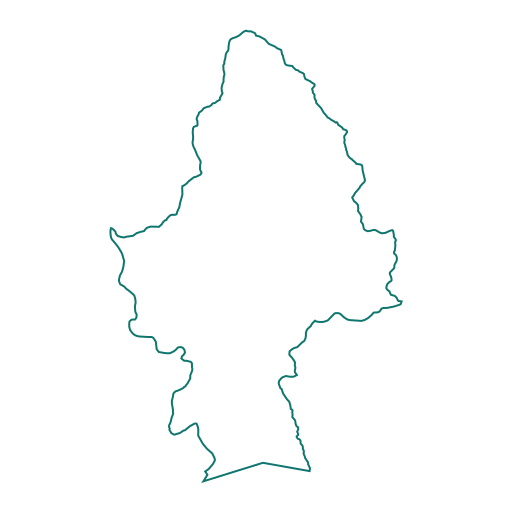 Ngangla, Shemgang, Bhutan (Robinson projection)
{"feature_id": "84629894B76990430770482", "entity_name": "Ngangla", "entity_type": "district", "adm_level": 2, "iso_a3": "BTN", "parent_name": "Bhutan", "parent_adm1": "Shemgang", "projection": "robinson", "projection_center": [90.989, 26.895], "detail": "fine", "context": "isolated", "style": "outline", "palette": "teal", "viewbox_px": 512, "rotation_deg": 0, "n_neighbors": 0, "source": "geoboundaries", "source_scale": "gbopen_adm2", "svg_char_len": 6051}
<svg xmlns="http://www.w3.org/2000/svg" viewBox="0 0 512 512"><path d="M246.2,30.7L244.8,31.1L243.0,32.2L239.6,35.1L237.9,36.2L235.0,37.5L233.2,38.0L230.9,39.1L229.8,40.5L229.2,42.3L228.5,46.8L228.5,48.9L228.2,50.4L226.5,52.7L225.7,54.7L225.4,57.7L224.3,61.8L224.3,63.6L223.3,65.4L223.5,69.8L224.5,74.1L223.8,76.8L223.5,80.0L223.6,81.4L222.5,84.0L221.6,87.6L221.6,88.9L221.9,91.4L222.5,93.3L219.9,97.9L219.9,99.7L217.0,101.3L215.8,102.4L214.5,103.1L213.0,103.3L212.3,103.7L211.5,105.0L209.2,106.6L207.6,106.7L203.7,108.2L202.0,110.5L199.0,112.7L198.8,113.8L197.0,117.3L196.6,119.3L197.4,121.1L197.5,125.0L197.1,125.7L193.9,126.8L193.1,128.2L192.7,132.3L193.2,137.7L192.9,138.4L193.1,139.5L192.5,142.3L192.9,144.9L193.9,147.7L194.7,149.0L197.2,155.2L200.5,161.1L200.6,162.9L200.1,165.1L200.0,169.1L200.9,171.7L201.4,172.2L201.5,172.9L200.9,174.0L200.1,174.8L196.3,176.7L193.8,177.3L188.5,181.4L187.0,183.2L185.2,184.6L183.0,186.0L182.4,186.1L182.2,187.7L182.4,194.7L180.1,202.9L179.3,207.3L177.4,211.3L176.5,214.3L175.0,214.8L172.3,214.8L170.6,215.1L168.6,216.8L166.9,218.8L166.4,220.0L164.8,220.5L163.1,222.1L161.9,224.1L159.0,226.8L150.8,226.6L149.9,226.8L146.9,227.8L145.2,229.5L144.0,231.1L140.4,231.9L136.6,233.2L133.0,235.8L125.9,236.8L124.9,237.3L123.6,237.4L121.4,237.1L117.6,235.9L116.1,234.0L115.7,233.0L115.4,231.6L112.7,228.9L111.0,228.2L110.6,229.6L110.4,232.0L110.7,235.7L111.3,238.2L112.0,239.5L116.0,244.2L118.4,247.4L121.4,252.4L122.2,254.1L124.2,261.2L123.9,262.6L123.5,266.2L122.1,271.5L120.0,275.4L119.4,277.7L118.9,280.1L119.1,281.4L120.2,284.2L124.1,286.5L126.4,288.9L129.7,291.3L133.8,294.9L134.4,295.8L135.2,298.6L135.5,300.8L135.6,303.0L134.9,306.1L135.3,311.8L136.6,314.4L136.6,316.0L136.3,317.8L135.0,319.5L131.7,319.6L129.8,321.1L129.3,322.3L129.2,325.9L129.4,327.5L130.2,330.2L132.5,333.2L134.6,335.0L137.0,336.0L139.5,336.5L147.9,337.0L151.6,337.0L153.2,337.7L155.8,341.6L156.7,349.3L158.8,352.0L163.8,352.9L167.5,353.3L170.0,353.2L173.7,351.4L175.9,349.7L177.9,347.5L180.7,347.0L182.8,347.8L184.4,349.8L185.0,352.6L183.6,354.8L181.9,356.4L181.4,358.5L184.1,360.7L186.8,360.8L190.9,361.9L191.9,363.2L192.0,367.3L192.4,369.1L192.0,371.1L190.3,375.3L190.2,378.6L187.5,383.5L186.1,385.1L185.4,386.3L183.9,387.2L183.3,388.0L179.2,390.1L175.5,391.4L174.1,392.6L173.2,394.1L173.0,396.5L171.8,400.9L172.0,404.6L172.6,407.4L173.0,410.6L172.9,412.4L173.2,413.6L171.6,417.8L170.5,422.5L169.1,425.4L169.1,427.2L169.7,428.5L169.4,429.8L171.4,433.2L174.3,434.7L179.9,433.0L183.6,430.5L184.9,430.3L189.6,426.4L193.8,424.0L194.9,423.5L195.9,423.5L196.8,424.0L198.1,427.7L198.3,429.8L198.2,435.5L198.8,436.7L202.7,443.6L206.8,448.6L212.3,453.5L214.6,458.2L214.9,460.3L212.9,464.1L208.7,469.0L205.2,471.5L207.4,474.8L203.4,481.3L262.9,462.8L309.6,471.1L309.9,468.7L309.9,468.0L308.2,464.5L308.1,463.2L307.6,461.5L306.8,460.7L305.9,459.0L305.2,458.2L304.8,456.4L303.9,454.5L303.6,453.4L303.9,451.5L303.6,450.3L302.9,449.1L302.8,446.9L302.4,445.5L301.0,444.0L300.6,443.2L300.5,440.8L300.0,439.9L299.6,439.4L297.8,438.7L296.7,437.2L296.7,436.3L298.2,434.9L298.1,434.0L297.2,431.7L298.2,429.3L298.2,428.0L298.0,427.2L296.7,426.3L296.0,425.1L295.5,423.1L295.3,421.2L294.9,420.1L292.4,417.1L292.3,416.4L292.6,415.0L292.3,412.5L292.5,410.2L291.8,409.5L290.8,409.0L290.4,405.8L289.3,401.8L287.0,399.3L283.1,393.5L281.6,389.0L280.3,388.1L279.9,386.7L279.1,384.8L278.7,383.0L279.1,381.0L280.9,378.7L282.5,377.3L286.0,376.0L289.0,376.6L291.8,376.8L293.9,376.6L296.9,375.0L294.9,372.3L294.8,371.1L295.4,367.7L294.8,365.4L295.0,362.5L294.6,361.5L293.4,359.7L291.6,357.2L289.8,355.4L289.3,354.4L289.6,351.3L291.7,349.5L294.0,348.1L297.3,347.1L302.0,342.5L304.3,340.9L305.5,338.3L305.9,335.6L305.9,332.7L306.7,330.4L307.6,328.9L310.9,326.0L311.2,325.1L312.7,322.9L315.0,320.7L316.0,321.4L319.7,322.0L323.2,321.9L326.4,321.0L328.0,320.2L334.5,313.5L335.7,313.1L338.3,313.1L340.2,313.8L344.2,317.5L347.6,319.6L349.9,320.1L361.3,320.9L364.6,320.0L368.0,318.1L371.2,315.4L373.2,313.1L374.1,312.5L377.3,312.4L378.8,312.0L380.2,310.7L381.5,308.6L383.3,308.0L387.1,307.9L393.3,306.7L397.9,305.3L400.1,304.5L400.9,303.8L401.6,301.4L398.5,301.0L398.0,300.6L396.8,298.1L395.3,296.3L393.9,295.6L391.0,294.8L390.2,293.4L389.5,291.4L388.4,290.7L386.9,289.2L386.3,287.9L386.5,286.5L387.3,284.1L389.5,281.9L390.9,281.2L391.5,280.5L391.5,278.6L390.8,276.2L389.8,273.9L389.9,272.5L394.2,268.1L394.4,265.4L394.9,264.0L396.2,261.7L396.7,260.4L396.9,259.1L396.9,258.1L396.4,256.1L395.6,254.7L394.1,253.5L394.0,252.0L394.9,250.3L395.4,245.1L395.1,242.6L395.3,241.4L395.8,240.8L395.7,239.4L393.8,236.8L393.9,235.3L393.1,230.8L392.1,230.1L389.4,231.0L385.6,232.8L382.1,233.3L380.2,232.8L375.7,230.2L373.6,229.9L370.4,230.8L367.8,231.2L365.4,230.3L364.3,229.4L363.8,228.8L362.9,224.2L361.0,221.6L361.6,216.8L360.9,215.7L360.7,214.8L358.0,210.9L358.3,208.6L357.9,204.9L356.2,202.9L354.9,201.8L354.1,201.4L352.2,197.4L353.8,195.4L355.0,193.1L359.6,187.8L360.1,186.5L362.8,183.4L363.8,182.6L364.5,181.7L365.0,180.3L362.6,170.3L362.4,167.2L361.9,165.3L360.6,164.5L356.4,163.9L355.6,162.7L354.6,161.8L352.8,160.3L351.6,159.0L350.3,158.3L348.5,156.4L347.6,154.9L346.9,151.6L346.1,149.7L346.2,148.7L345.4,146.8L345.2,145.2L344.4,143.1L344.3,142.0L344.7,140.2L344.2,137.2L344.4,135.9L345.4,134.8L347.1,132.1L347.0,131.3L346.5,130.5L345.1,129.8L343.1,129.2L342.5,128.0L341.3,126.9L338.3,124.9L337.6,123.2L336.7,122.2L335.8,122.6L333.8,121.2L330.8,119.6L329.5,118.4L327.8,117.6L325.6,114.8L323.7,112.7L321.1,108.1L316.3,103.0L316.0,100.6L315.2,99.6L314.5,97.5L314.4,96.2L314.6,94.9L312.9,92.6L312.7,90.6L312.1,89.3L312.2,88.7L314.4,86.1L314.7,84.8L314.1,83.9L311.2,82.2L310.3,81.3L305.6,79.1L305.1,78.4L304.4,76.5L304.0,74.1L302.8,73.1L299.2,71.5L297.8,70.2L296.3,70.0L295.7,69.7L293.3,67.4L292.3,66.0L288.8,65.6L286.6,65.1L285.7,64.5L284.7,62.9L284.5,61.5L283.4,58.3L283.0,55.9L282.1,54.4L281.2,50.0L277.0,48.2L275.0,46.6L268.7,43.8L264.9,39.4L259.6,36.5L256.0,35.6L255.2,33.4L254.4,32.9L250.8,31.3L249.2,31.4L247.0,31.1L246.2,30.7Z" fill="none" stroke="#0f766e" stroke-width="2"/></svg>